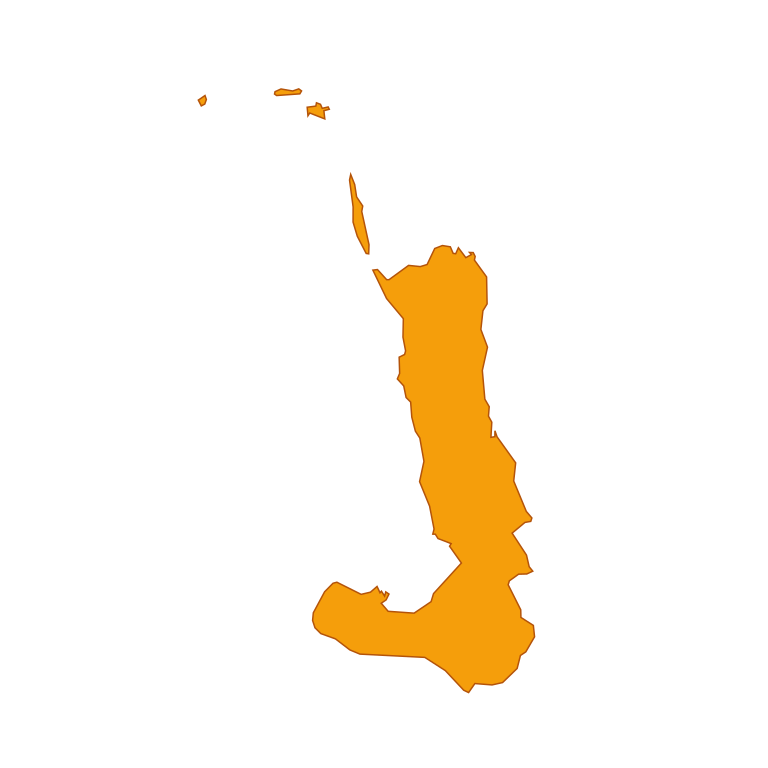 outline of Sulawesi Selatan, rotated 168°
{"feature_id": "IDN-1236", "entity_name": "Sulawesi Selatan", "entity_type": "Province", "adm_level": 1, "iso_a3": "IDN", "parent_name": "Indonesia", "parent_adm1": "", "projection": "natural_earth1", "projection_center": [120.285, -4.627], "detail": "medium", "context": "isolated", "style": "filled", "palette": "amber", "viewbox_px": 768, "rotation_deg": 168, "n_neighbors": 0, "source": "natural_earth", "source_scale": "10m", "svg_char_len": 1966}
<svg xmlns="http://www.w3.org/2000/svg" viewBox="0 0 768 768"><g transform="rotate(168 384 384)"><path d="M432.9,187.4L431.3,180.6L429.6,181.9L427.5,176.4L425.5,180.3L422.8,177.5L426.8,172.4L432.3,170.1L427.2,160.8L402.2,153.6L383.2,161.3L379.1,168.7L345.5,192.8L353.6,211.7L351.5,213.9L363.3,221.6L365.0,226.4L367.5,227.0L365.2,231.7L364.8,255.0L369.5,281.1L361.0,300.1L360.2,323.7L363.1,331.3L363.7,345.8L361.7,360.8L365.2,366.2L365.1,378.0L369.9,386.2L366.5,391.1L363.6,407.1L357.7,408.6L356.0,411.9L355.7,425.9L351.5,443.9L363.7,467.0L371.2,497.7L366.6,497.3L359.7,485.5L357.4,485.0L335.3,494.9L324.1,491.3L317.0,491.9L306.2,506.0L298.1,507.3L290.6,504.4L289.2,497.4L286.8,496.5L282.9,501.8L277.7,490.6L271.6,492.4L273.0,494.9L269.4,494.0L268.3,489.8L269.8,486.4L261.4,467.4L266.5,440.9L272.0,435.1L277.9,417.2L275.1,398.5L285.0,376.8L288.5,348.2L285.8,339.9L288.5,330.8L286.5,324.2L290.5,309.6L286.5,309.4L285.2,315.2L284.4,308.8L271.6,279.5L277.3,262.1L271.3,229.8L267.2,222.2L269.0,219.1L274.9,219.3L289.7,211.5L280.2,187.0L280.0,175.1L277.4,170.0L283.8,168.5L291.9,170.0L302.3,165.4L304.3,161.8L297.2,134.7L298.6,127.2L288.1,116.8L289.3,105.4L301.0,92.5L307.0,90.1L312.9,78.1L330.1,67.3L340.9,67.2L357.4,72.1L365.4,64.6L369.7,67.9L383.6,90.9L400.9,108.1L463.7,124.8L472.7,131.0L484.5,144.8L497.7,153.0L502.2,159.9L503.0,167.6L500.7,174.9L485.3,193.1L475.3,199.7L471.3,199.9L450.1,183.0L440.5,183.2L432.9,187.4ZM379.4,534.1L380.6,548.8L377.4,563.6L375.3,590.7L373.0,595.9L371.2,585.2L371.9,572.7L367.8,562.5L369.9,557.4L369.7,523.4L371.9,514.5L374.3,515.4L379.4,534.1ZM400.3,664.5L402.6,662.2L401.6,670.7L392.9,670.0L391.6,673.1L388.0,670.8L387.1,666.5L381.0,666.6L380.4,664.1L386.0,663.8L386.8,655.6L400.3,664.5ZM406.0,685.3L429.1,688.5L430.8,690.4L429.8,692.6L423.4,694.0L412.4,689.6L406.0,690.4L403.7,687.8L406.0,685.3ZM501.1,695.1L504.9,694.0L506.6,700.3L499.1,703.4L498.6,699.2L501.1,695.1Z" fill="#f59e0b" stroke="#b45309" stroke-width="1.5"/></g></svg>